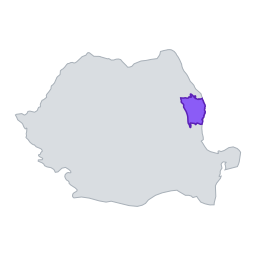 Vaslui on a map of Romania (orthographic projection)
{"feature_id": "ROU-316", "entity_name": "Vaslui", "entity_type": "County", "adm_level": 1, "iso_a3": "ROU", "parent_name": "Romania", "parent_adm1": "", "projection": "orthographic", "projection_center": [27.841, 46.485], "detail": "fine", "context": "in_parent", "style": "filled", "palette": "violet", "viewbox_px": 256, "rotation_deg": 0, "n_neighbors": 0, "source": "natural_earth", "source_scale": "10m", "svg_char_len": 5343}
<svg xmlns="http://www.w3.org/2000/svg" viewBox="0 0 256 256"><path d="M204.5,146.2L207.1,149.8L210.3,151.6L217.8,153.6L218.5,153.3L218.6,152.9L218.0,152.4L218.0,151.8L218.3,151.0L219.3,150.9L221.0,151.6L224.2,150.5L228.9,147.6L233.2,146.9L237.2,148.5L239.3,150.4L240.6,152.3L240.3,154.6L240.1,156.0L239.2,161.9L238.5,164.1L237.4,166.6L225.0,169.8L225.8,168.4L225.5,165.9L224.9,164.0L226.1,162.3L223.3,161.8L222.1,162.7L221.1,164.3L222.0,168.1L220.7,170.1L220.2,171.3L220.2,174.0L219.4,175.2L219.2,176.5L221.2,176.1L220.3,178.5L216.7,183.1L215.4,185.8L215.8,196.5L214.2,202.9L214.1,204.8L210.0,204.9L208.8,204.7L205.0,203.8L200.8,202.1L198.3,198.8L196.7,196.4L193.1,197.5L192.4,197.2L191.4,196.1L188.7,195.3L185.4,195.3L177.9,190.9L177.0,190.2L171.2,190.8L162.3,192.8L155.5,195.3L148.4,199.9L145.5,203.4L142.2,205.2L137.4,206.4L129.1,205.6L120.5,203.5L111.2,201.2L106.1,202.1L99.3,200.9L89.2,198.1L81.5,197.0L73.9,197.9L72.7,196.8L72.5,195.6L72.9,193.9L74.1,192.7L75.9,191.7L77.0,190.8L77.1,189.7L75.2,187.9L71.1,185.3L69.5,183.8L69.1,183.4L69.1,182.1L68.3,181.0L66.7,180.1L65.6,178.7L64.8,176.7L65.1,174.8L66.5,173.2L68.1,172.5L70.1,172.9L70.9,172.4L70.7,171.2L68.9,169.5L65.5,167.4L61.9,168.2L57.9,171.9L55.3,172.3L53.9,169.5L51.1,167.7L47.0,166.9L44.6,165.7L43.8,164.1L42.1,162.8L38.2,161.2L38.3,160.0L38.9,159.8L40.3,159.8L42.2,159.7L42.6,159.0L42.7,158.4L41.2,157.5L39.8,156.8L39.0,156.2L38.6,155.6L38.5,155.0L39.0,154.6L39.6,154.6L40.2,154.3L40.7,152.9L41.6,151.7L42.2,151.4L42.2,150.5L41.7,149.6L40.9,148.8L39.8,148.3L36.2,146.8L34.4,144.9L33.3,144.7L31.5,143.6L29.7,141.9L28.2,139.7L26.5,138.1L26.0,137.5L26.0,137.0L26.4,136.4L26.5,135.8L26.2,133.6L26.7,131.4L26.8,129.4L26.9,128.4L26.5,128.1L26.2,128.4L25.7,128.8L25.2,128.8L24.0,127.2L22.6,123.9L21.6,122.8L19.5,121.2L17.7,119.8L16.6,117.1L15.4,115.0L16.4,114.3L21.8,113.6L24.2,115.0L25.4,114.7L26.5,113.8L27.2,113.2L27.4,112.4L28.0,111.4L29.9,111.1L34.6,112.2L36.6,111.0L37.4,110.3L38.0,108.6L38.6,107.4L40.4,106.8L40.4,105.6L40.3,104.2L41.5,101.4L42.2,100.2L43.2,99.9L44.5,99.0L46.6,97.3L46.3,95.5L46.8,94.3L49.1,91.5L51.0,88.7L51.1,87.2L51.4,85.9L52.9,84.7L54.5,82.9L56.9,77.4L57.7,76.5L59.0,75.5L60.1,74.5L60.4,70.8L61.4,69.8L63.2,68.7L65.0,66.8L66.6,64.6L67.7,63.6L69.1,63.4L70.7,62.6L72.4,62.4L74.0,63.0L75.1,62.8L76.7,61.8L81.0,57.8L81.7,57.0L82.5,56.5L85.9,55.2L86.8,53.8L88.0,52.6L89.4,52.8L93.9,56.3L99.0,56.4L99.9,56.5L100.2,56.6L100.8,56.9L107.4,58.8L108.5,58.7L108.8,58.6L111.4,60.1L113.8,60.0L116.1,59.2L118.5,59.0L120.7,59.6L122.2,61.5L126.4,65.7L127.6,67.2L129.6,67.1L131.8,66.4L134.1,63.8L141.0,61.0L146.2,60.4L151.2,59.4L157.1,58.6L158.8,56.2L159.8,54.6L160.5,51.5L163.6,50.6L166.6,50.0L167.7,49.7L169.9,49.6L171.5,49.9L174.1,51.4L175.9,53.4L176.6,54.9L178.2,57.1L179.8,60.1L181.6,64.2L181.9,66.2L182.6,68.4L184.0,71.1L186.5,74.1L186.9,74.7L188.1,76.8L190.3,81.4L192.2,83.3L193.9,85.3L194.7,87.3L195.9,89.2L198.7,91.6L201.0,93.8L202.9,100.2L204.2,103.2L205.0,105.4L204.6,110.0L205.1,111.9L204.1,115.5L202.2,122.6L201.8,128.3L202.1,131.4L202.2,133.4L202.6,134.6L203.2,137.2L203.3,139.5L202.6,140.2L201.6,140.7L201.2,141.2L202.1,142.2L203.3,144.1L204.5,146.2Z" fill="#d9dde1" stroke="#a8b0b8" stroke-width="1"/><path d="M202.2,98.5L202.2,98.8L202.6,99.7L203.5,101.4L203.5,102.0L204.9,104.7L205.1,105.6L205.2,106.1L205.2,106.6L205.0,106.9L204.8,107.4L204.7,107.8L204.9,108.4L204.7,108.6L204.6,108.8L204.5,110.1L204.6,110.4L204.9,111.0L205.0,111.1L205.2,111.4L205.2,112.4L205.2,112.7L205.1,113.0L204.7,113.1L204.9,113.6L204.8,113.8L204.7,113.8L204.4,114.1L204.3,115.1L204.2,115.2L203.9,115.3L203.8,115.6L203.9,116.3L203.9,116.7L203.9,116.8L203.6,117.5L203.3,117.8L203.1,117.9L202.8,118.0L202.6,118.2L202.5,118.4L202.6,119.0L202.2,119.2L202.0,119.4L202.0,119.7L202.5,120.4L202.6,120.6L202.7,120.8L202.8,121.1L202.6,121.9L202.4,122.8L202.0,123.9L202.0,124.1L201.9,124.1L201.1,124.3L200.7,124.3L200.1,124.2L199.2,123.7L197.4,123.1L197.1,123.1L196.7,123.3L196.5,123.5L196.3,123.8L196.1,124.2L195.9,124.5L195.7,124.6L195.3,124.4L195.3,124.1L195.3,123.9L195.1,123.7L194.7,123.5L190.6,123.0L190.3,123.2L190.2,123.4L190.2,123.7L190.7,124.6L190.9,125.0L190.9,125.3L190.9,125.6L190.8,126.5L190.8,127.0L190.7,127.2L190.6,127.4L190.5,127.5L190.3,127.5L190.1,127.4L189.9,127.0L189.6,126.1L189.4,125.1L189.1,124.5L188.3,123.4L188.0,121.8L187.8,117.5L187.6,115.9L187.0,113.8L186.2,111.6L183.7,107.3L183.6,106.5L183.7,105.8L183.7,104.9L183.4,104.3L183.0,103.8L181.9,102.9L181.6,102.5L181.5,102.3L181.1,101.9L181.4,101.3L181.4,100.9L181.3,100.4L180.8,98.9L180.7,97.9L183.4,98.1L185.2,97.8L185.6,97.8L186.0,97.9L186.5,98.1L187.0,98.2L187.4,98.2L188.3,97.9L188.6,97.7L188.7,97.4L188.8,97.1L189.0,96.9L189.3,96.9L189.7,97.1L190.6,97.3L191.1,97.2L191.4,97.0L191.5,96.8L191.5,96.6L191.5,96.4L191.3,96.3L190.9,96.3L190.6,96.3L190.5,96.2L190.4,96.0L190.5,95.5L190.5,95.2L190.4,94.7L190.4,94.2L190.6,94.0L190.8,94.0L191.1,94.1L192.5,95.2L193.2,95.9L194.1,97.1L194.3,97.3L194.5,97.3L194.6,97.1L194.5,96.8L194.6,96.4L194.7,96.1L195.0,95.9L195.3,95.9L195.5,96.1L195.6,96.5L195.5,96.9L195.3,97.6L195.2,97.8L195.1,98.1L195.2,98.4L195.4,98.5L195.7,98.6L196.1,98.5L196.4,98.6L197.1,99.1L198.0,99.4L198.3,99.4L198.5,99.2L198.9,98.8L199.1,98.8L199.3,99.0L199.5,99.2L199.8,99.3L200.1,99.3L200.3,99.2L200.5,99.0L200.9,98.8L202.0,98.6L202.2,98.5Z" fill="#8b5cf6" stroke="#5b21b6" stroke-width="1.5"/></svg>